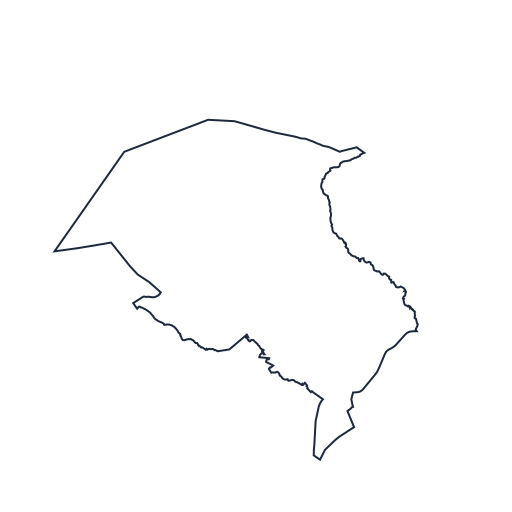 Tlalpan, Distrito Federal, Mexico (Natural Earth projection), rotated 120°
{"feature_id": "50627088B11005238011149", "entity_name": "Tlalpan", "entity_type": "district", "adm_level": 2, "iso_a3": "MEX", "parent_name": "Mexico", "parent_adm1": "Distrito Federal", "projection": "natural_earth1", "projection_center": [-99.188, 19.201], "detail": "fine", "context": "isolated", "style": "outline", "palette": "slate", "viewbox_px": 512, "rotation_deg": 120, "n_neighbors": 0, "source": "geoboundaries", "source_scale": "gbopen_adm2", "svg_char_len": 6095}
<svg xmlns="http://www.w3.org/2000/svg" viewBox="0 0 512 512"><g transform="rotate(120 256 256)"><path d="M162.0,365.6L231.6,422.2L352.7,432.8L338.9,415.0L328.2,401.9L316.8,388.2L327.9,359.9L331.2,349.1L332.0,335.4L335.1,320.3L337.0,320.4L338.9,320.8L342.0,322.9L343.4,324.7L344.9,328.5L346.5,331.0L347.1,332.7L347.5,333.1L348.8,334.0L350.0,334.5L358.2,338.8L361.1,332.6L360.0,332.4L359.2,332.4L358.1,331.8L357.9,331.2L358.1,330.3L357.7,328.9L357.5,324.4L357.8,320.5L358.2,318.7L358.8,317.4L359.2,315.7L360.6,313.0L361.0,311.4L361.2,307.7L360.7,304.3L360.7,302.7L360.8,301.9L361.5,301.3L361.5,301.1L360.2,299.2L359.6,298.5L358.7,296.8L358.4,295.0L358.1,294.3L358.3,293.0L358.2,291.4L358.4,291.0L358.9,288.9L359.4,288.0L360.0,286.2L361.0,285.0L361.3,282.8L361.5,282.5L361.9,282.3L362.2,281.8L362.8,281.7L363.6,280.1L364.8,278.9L365.3,277.5L365.3,277.0L364.7,275.9L363.9,275.1L363.1,274.5L361.5,272.7L361.4,272.0L360.5,271.1L360.6,269.5L360.4,268.5L360.8,267.4L360.8,266.8L361.3,266.0L361.3,265.7L361.5,264.7L360.8,263.3L361.1,262.7L362.1,261.6L362.0,261.0L362.4,260.3L362.1,260.1L362.1,259.8L362.6,258.2L362.6,257.8L362.3,257.6L362.3,257.1L362.0,256.7L362.3,252.5L361.0,252.3L361.3,251.2L360.2,250.6L359.8,250.1L359.4,248.7L358.2,247.0L358.0,246.2L358.3,245.1L358.2,244.6L357.7,244.1L357.7,242.3L357.5,241.8L357.6,241.5L350.3,232.4L328.7,224.6L329.9,222.7L330.0,223.3L330.7,224.7L330.9,224.8L331.3,224.7L331.8,223.5L331.9,222.3L332.4,220.3L332.6,220.1L332.8,220.5L333.0,220.2L333.0,219.7L333.2,219.0L333.0,218.6L332.6,218.3L331.4,218.2L330.9,217.9L330.4,217.1L330.1,216.1L330.6,215.0L331.4,210.9L332.1,209.6L332.3,208.4L333.8,205.7L333.8,204.8L334.0,204.3L333.6,203.0L333.7,202.3L333.9,202.3L334.1,203.0L335.3,203.3L335.5,203.0L335.2,202.6L335.2,202.3L336.0,201.5L336.3,200.7L336.8,200.6L337.0,199.7L337.3,200.1L336.8,201.3L336.7,201.8L337.4,202.5L339.5,203.1L340.0,203.0L340.8,202.7L341.4,202.8L341.6,202.6L342.0,202.5L337.9,193.4L338.4,193.2L339.0,193.3L339.5,194.0L339.8,194.9L340.5,194.9L342.6,194.4L342.7,193.6L342.3,188.1L342.3,186.3L344.9,187.3L345.0,187.7L345.3,188.1L345.8,188.2L345.7,188.0L345.8,187.9L346.5,188.2L347.5,188.2L349.4,184.4L348.8,183.8L348.0,182.2L347.7,181.8L347.5,181.2L345.9,180.1L345.7,179.6L345.7,178.4L346.3,177.0L346.9,176.4L347.1,176.1L347.4,176.0L347.4,175.4L347.8,175.0L347.7,173.9L348.2,172.8L348.4,172.7L348.8,170.6L348.6,169.3L348.0,168.1L347.3,167.6L346.9,166.9L347.7,166.1L347.8,165.5L346.7,164.1L345.6,163.3L344.8,161.8L344.7,160.6L345.2,159.2L344.7,156.7L344.8,155.5L344.6,155.2L344.8,151.6L344.7,151.5L343.5,151.8L343.7,150.7L341.4,150.3L341.7,149.2L342.7,147.0L343.5,147.1L344.2,145.5L344.6,145.2L345.1,145.2L346.4,140.7L346.5,140.4L345.2,140.0L345.6,137.3L346.6,126.4L349.0,126.8L350.8,126.9L354.6,126.5L368.2,122.1L369.6,121.6L390.7,110.9L394.9,109.0L399.8,106.3L400.4,98.7L389.3,99.3L379.1,96.4L375.0,95.1L370.8,93.5L355.1,85.5L353.9,87.2L344.5,99.3L341.0,97.7L338.4,97.2L338.1,96.6L336.2,98.5L332.4,101.8L325.7,103.7L323.3,100.1L322.5,99.1L321.2,98.0L320.1,97.4L318.1,96.7L298.2,93.4L295.3,93.2L291.2,93.5L276.3,95.4L273.7,95.4L271.3,94.6L267.3,92.1L264.5,90.8L262.7,90.3L249.7,87.6L248.3,87.2L246.9,86.6L245.3,85.6L243.7,83.9L241.5,80.5L240.8,79.2L240.1,80.7L239.8,81.0L235.4,81.4L234.5,81.7L234.1,81.9L233.8,82.9L230.5,85.9L230.3,86.3L230.5,87.3L230.3,87.6L229.1,88.3L228.2,88.4L227.1,89.4L224.7,90.7L224.6,92.5L224.3,92.7L224.2,94.0L223.9,93.9L223.8,94.8L223.3,95.8L224.3,96.4L223.4,97.2L222.7,97.4L222.8,98.6L223.2,98.5L223.7,98.9L223.5,99.3L223.6,101.0L224.0,102.1L223.8,102.7L223.0,103.9L220.0,106.6L219.5,106.4L219.1,106.4L219.1,106.8L219.4,107.2L219.3,107.5L217.6,107.8L215.6,107.1L213.4,108.1L213.0,107.9L212.0,108.2L211.3,109.6L211.8,110.0L210.8,110.0L210.1,111.6L209.9,112.3L210.2,115.6L210.7,115.8L211.5,116.4L212.4,117.6L212.5,118.4L212.8,119.0L212.6,119.6L211.9,120.2L211.3,121.7L210.3,123.5L209.9,123.8L210.1,124.4L210.8,125.1L211.2,125.2L211.3,125.6L211.0,125.9L209.1,126.9L209.0,127.3L209.4,128.1L209.4,128.7L208.3,129.9L207.3,130.3L207.5,131.8L206.8,134.2L206.7,135.5L207.3,136.4L207.5,136.2L207.9,136.4L208.6,136.9L208.8,136.8L209.2,137.3L209.0,138.5L207.7,141.7L208.1,142.4L208.4,142.6L208.8,143.4L209.2,146.6L208.9,147.3L207.3,148.4L205.8,150.2L205.7,150.8L205.9,152.0L205.3,152.9L204.5,153.3L204.4,154.6L204.5,155.0L206.3,156.8L206.5,157.5L206.3,159.4L205.9,160.2L205.4,160.9L204.2,161.7L204.7,162.6L206.2,163.8L207.1,163.8L208.1,163.1L208.4,163.0L208.7,163.4L208.7,163.9L207.9,165.0L206.7,166.4L206.9,167.2L207.4,167.9L206.8,169.7L207.4,171.0L207.7,173.7L207.5,174.1L206.9,175.9L206.9,177.3L206.8,177.6L205.9,178.5L205.1,178.9L204.0,179.8L203.7,180.7L203.7,182.0L203.1,183.2L202.3,183.0L201.9,183.2L201.0,183.8L200.9,184.4L200.7,184.8L200.0,184.8L199.8,185.6L200.2,186.1L200.3,186.4L199.1,187.9L198.1,190.0L198.1,190.6L198.3,191.2L198.9,191.8L199.1,193.1L198.5,193.7L198.1,194.7L197.8,196.0L196.6,197.7L196.9,199.2L196.9,200.1L196.6,201.0L195.9,202.1L194.6,203.3L193.6,203.8L192.9,204.6L192.3,205.7L190.7,205.8L190.2,206.9L188.5,208.9L185.8,210.7L183.8,211.1L182.0,212.1L180.2,213.8L180.0,214.3L178.3,214.8L176.0,216.7L175.5,217.5L174.3,218.5L172.7,218.9L172.4,219.7L171.3,220.6L170.6,221.4L170.2,222.2L169.6,222.7L168.9,223.1L168.1,223.9L168.3,226.3L168.0,228.5L167.8,228.6L167.4,229.5L165.8,231.0L165.3,231.3L165.1,232.3L164.0,233.8L162.6,234.7L159.8,235.7L158.8,235.5L158.4,235.7L157.0,236.6L156.1,236.6L155.7,236.4L155.3,235.8L154.0,235.6L153.0,236.2L151.8,236.2L149.7,236.5L149.4,236.4L148.5,235.5L148.1,235.4L147.6,235.5L144.9,234.2L143.6,235.4L143.1,235.5L142.6,235.2L141.0,233.5L140.2,233.0L139.5,231.5L137.8,229.1L136.4,228.6L134.4,229.2L133.0,229.2L132.1,228.4L131.5,228.4L130.1,227.2L129.3,226.2L128.8,225.4L125.8,222.0L124.7,221.8L122.6,220.1L121.8,219.9L120.5,218.1L120.0,218.0L119.3,217.3L118.9,217.4L118.1,216.5L116.9,216.0L116.0,216.4L114.6,215.3L113.2,214.6L112.5,213.9L111.6,223.2L122.5,234.5L123.8,235.5L125.2,247.6L127.1,253.1L127.4,256.5L128.1,260.1L128.1,261.8L129.7,271.8L131.6,275.7L133.1,281.8L139.3,300.3L142.6,312.3L150.0,342.0L162.0,365.6Z" fill="none" stroke="#1e293b" stroke-width="2"/></g></svg>